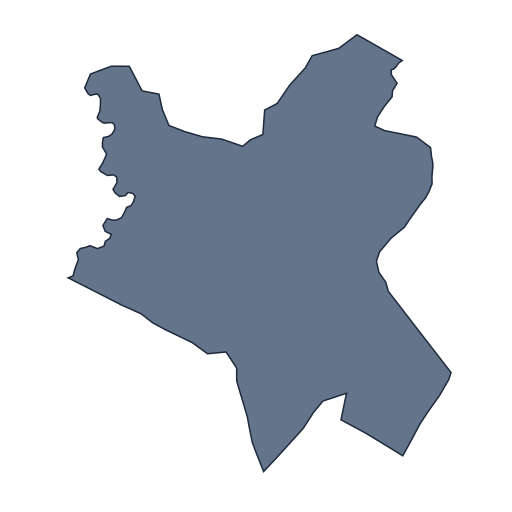 the district of Okpe, Delta, Nigeria, rotated 267°
{"feature_id": "59680162B68325668602500", "entity_name": "Okpe", "entity_type": "district", "adm_level": 2, "iso_a3": "NGA", "parent_name": "Nigeria", "parent_adm1": "Delta", "projection": "mercator", "projection_center": [5.811, 5.698], "detail": "fine", "context": "isolated", "style": "filled", "palette": "slate", "viewbox_px": 512, "rotation_deg": 267, "n_neighbors": 0, "source": "geoboundaries", "source_scale": "gbopen_adm2", "svg_char_len": 1989}
<svg xmlns="http://www.w3.org/2000/svg" viewBox="0 0 512 512"><g transform="rotate(267 256 256)"><path d="M129.4,444.7L179.6,409.9L189.2,403.3L213.9,386.2L217.8,385.4L222.9,384.3L233.2,377.9L244.5,376.0L253.8,379.7L266.8,391.9L277.0,405.7L285.5,412.1L298.8,422.6L305.4,428.5L311.0,432.0L312.1,432.5L318.8,435.6L326.7,435.9L335.7,437.3L340.2,437.4L345.8,436.5L355.2,436.0L366.4,422.5L374.6,390.7L379.6,381.4L388.6,384.7L398.2,391.6L407.8,400.2L408.4,400.3L413.8,401.0L421.1,405.9L429.9,400.7L434.9,400.8L435.3,402.9L437.0,405.2L441.2,408.5L443.6,412.3L471.7,368.4L459.0,349.4L453.1,322.6L441.3,315.1L424.9,298.6L407.2,285.1L401.3,272.3L377.0,269.2L372.3,256.4L366.2,248.4L369.2,241.2L374.6,227.7L377.9,208.6L384.3,190.5L385.8,187.2L390.9,175.9L407.3,170.1L422.7,167.6L426.9,150.9L452.1,139.4L453.1,121.4L446.4,100.2L432.8,93.7L426.9,96.8L425.0,99.0L425.9,103.1L426.1,106.4L421.6,108.9L415.7,108.6L408.8,107.6L402.4,104.6L400.9,105.4L397.0,110.1L396.5,112.7L396.9,114.5L396.6,119.3L395.2,121.0L393.1,121.7L389.7,121.6L385.0,118.3L383.2,115.1L382.2,109.7L377.2,108.6L373.0,108.3L365.6,112.1L361.0,109.9L357.0,107.8L351.0,103.6L348.3,105.4L344.2,111.9L344.4,118.2L342.0,121.1L336.6,121.0L330.0,116.7L326.5,118.5L322.6,122.8L323.2,128.9L326.1,131.4L325.1,136.0L322.2,138.4L316.8,136.6L312.8,133.8L311.4,129.4L306.8,127.1L301.4,123.8L299.1,118.3L299.5,114.1L301.2,109.4L294.5,104.7L288.5,106.7L285.1,112.7L281.2,110.8L278.6,106.3L273.9,104.8L271.7,98.0L273.5,94.0L275.0,90.7L273.5,86.1L272.7,80.9L268.6,77.2L261.5,78.4L252.6,74.5L245.7,72.2L244.0,67.3L224.0,102.0L214.2,118.9L205.7,135.5L204.4,138.1L194.6,149.4L187.0,161.9L172.8,187.8L160.9,202.5L161.7,221.1L145.1,230.8L132.1,230.2L95.9,238.9L85.9,240.2L70.1,242.5L60.6,245.5L40.3,252.3L53.7,266.3L67.0,279.7L81.3,294.1L96.7,305.2L107.7,315.3L114.2,339.2L88.0,332.3L83.1,340.3L72.8,357.1L59.7,376.3L48.8,392.1L63.1,401.0L79.6,410.9L91.7,419.8L107.1,432.0L122.5,442.0L129.4,444.7Z" fill="#64748b" stroke="#1e293b" stroke-width="1.5"/></g></svg>